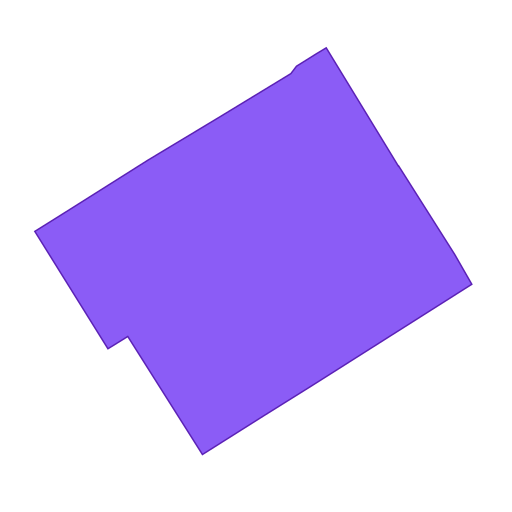 the district of Pettis, Missouri, United States of America, rotated 56°
{"feature_id": "52423323B46784641696011", "entity_name": "Pettis", "entity_type": "district", "adm_level": 2, "iso_a3": "USA", "parent_name": "United States of America", "parent_adm1": "Missouri", "projection": "orthographic", "projection_center": [-93.351, 38.725], "detail": "fine", "context": "isolated", "style": "filled", "palette": "violet", "viewbox_px": 512, "rotation_deg": 56, "n_neighbors": 0, "source": "geoboundaries", "source_scale": "gbopen_adm2", "svg_char_len": 404}
<svg xmlns="http://www.w3.org/2000/svg" viewBox="0 0 512 512"><g transform="rotate(56 256 256)"><path d="M111.9,425.6L250.1,430.6L251.0,407.3L390.6,411.4L392.8,338.7L394.8,280.9L400.1,92.9L365.8,90.4L261.2,87.4L261.2,87.7L122.7,81.4L122.1,93.0L121.3,116.3L124.3,125.1L120.3,210.7L119.7,222.3L116.7,280.3L116.1,291.9L113.1,390.6L111.9,425.6Z" fill="#8b5cf6" stroke="#5b21b6" stroke-width="1.5"/></g></svg>